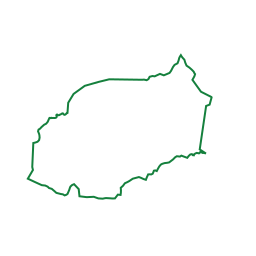 San Juan Yaeé, Oaxaca, Mexico (Mercator projection), rotated 23°
{"feature_id": "50627088B32639948648088", "entity_name": "San Juan Yaeé", "entity_type": "district", "adm_level": 2, "iso_a3": "MEX", "parent_name": "Mexico", "parent_adm1": "Oaxaca", "projection": "mercator", "projection_center": [-96.28, 17.445], "detail": "fine", "context": "isolated", "style": "outline", "palette": "green", "viewbox_px": 256, "rotation_deg": 23, "n_neighbors": 0, "source": "geoboundaries", "source_scale": "gbopen_adm2", "svg_char_len": 2190}
<svg xmlns="http://www.w3.org/2000/svg" viewBox="0 0 256 256"><g transform="rotate(23 128 128)"><path d="M110.0,209.8L117.0,207.8L123.4,204.7L128.2,204.4L132.4,202.9L133.8,201.9L135.1,201.1L139.0,199.7L141.4,198.9L143.5,197.9L144.7,193.3L147.3,192.5L146.8,190.6L145.9,188.2L144.7,185.9L146.0,183.1L146.7,180.1L148.6,178.0L150.0,176.2L152.2,172.8L157.2,168.9L159.2,168.8L162.3,168.9L164.7,168.7L164.6,165.9L164.7,162.8L166.3,162.1L167.6,161.6L168.6,160.4L168.6,158.6L168.5,157.2L169.6,156.4L171.3,156.4L171.5,153.7L171.8,151.2L172.5,148.9L173.4,147.7L175.4,146.0L177.7,144.7L179.3,143.6L180.9,140.8L181.7,139.4L182.9,136.4L184.0,134.9L187.0,134.0L187.9,132.6L190.3,132.5L194.2,132.3L194.8,130.0L195.7,128.0L197.0,127.1L198.3,127.7L199.3,127.4L199.1,126.4L200.1,125.0L201.1,124.0L203.0,123.7L203.6,123.3L203.5,122.8L203.8,122.1L204.1,121.6L205.1,121.7L206.5,121.8L207.5,121.3L209.7,121.0L202.4,119.7L191.3,77.2L194.0,74.6L193.0,67.2L192.7,66.9L181.0,66.1L168.5,58.5L168.9,54.5L168.7,52.2L167.3,51.3L166.5,50.5L163.9,49.4L160.9,48.4L157.5,47.7L155.1,45.4L153.2,43.1L151.0,42.1L149.4,41.2L148.2,40.3L147.9,41.9L147.8,43.5L148.2,46.2L148.3,49.1L146.2,51.7L145.6,54.3L145.3,58.6L144.7,61.1L140.4,65.5L136.3,65.7L134.1,68.1L132.4,70.0L130.2,70.6L127.9,72.4L127.7,75.0L126.5,76.7L123.8,77.2L122.1,78.1L91.7,90.5L83.0,97.0L71.7,106.1L64.6,117.9L63.1,128.1L66.4,137.8L66.0,138.3L65.8,138.2L65.4,139.5L65.1,140.0L64.6,140.6L64.1,140.7L63.3,140.6L62.8,140.1L62.4,140.0L61.8,140.2L60.6,141.9L60.0,142.4L59.8,142.9L59.1,143.4L58.6,143.4L58.3,143.5L57.5,143.3L57.2,143.5L57.0,144.2L57.9,145.1L58.0,145.8L57.8,146.5L57.2,147.1L56.1,147.7L55.1,148.0L54.4,148.4L53.8,148.6L53.4,148.6L53.1,149.1L52.1,149.2L51.8,149.4L51.7,150.6L51.7,153.6L51.0,156.0L49.5,157.8L48.0,161.0L47.3,163.0L46.3,164.4L46.5,166.2L48.4,168.1L49.3,169.3L50.4,171.4L50.9,173.9L50.1,176.0L48.5,177.5L46.7,178.8L55.1,201.3L56.9,203.8L55.6,213.8L63.5,214.1L71.0,214.3L74.3,213.3L77.0,213.4L78.7,214.1L81.6,213.8L84.8,214.8L87.4,215.7L92.0,215.0L94.0,214.5L96.0,214.8L97.3,213.6L98.1,212.3L98.1,211.1L98.1,207.8L97.9,205.9L97.9,204.4L98.8,202.4L100.3,200.8L106.5,203.5L110.0,209.8Z" fill="none" stroke="#15803d" stroke-width="2"/></g></svg>